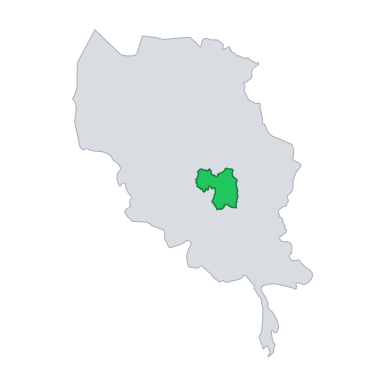 Bamyan highlighted on a map of Afghanistan, rotated 97°
{"feature_id": "AFG-1743", "entity_name": "Bamyan", "entity_type": "Province", "adm_level": 1, "iso_a3": "AFG", "parent_name": "Afghanistan", "parent_adm1": "", "projection": "equal_earth", "projection_center": [67.218, 34.704], "detail": "fine", "context": "in_parent", "style": "filled", "palette": "green", "viewbox_px": 384, "rotation_deg": 97, "n_neighbors": 0, "source": "natural_earth", "source_scale": "10m", "svg_char_len": 7558}
<svg xmlns="http://www.w3.org/2000/svg" viewBox="0 0 384 384"><g transform="rotate(97 192 192)"><path d="M167.6,93.1L175.1,92.3L180.2,93.3L182.9,96.1L185.6,96.9L188.1,95.5L189.7,95.3L190.4,96.1L191.7,96.5L193.6,96.4L194.8,97.1L195.0,98.8L196.5,100.9L199.1,103.5L201.5,104.1L204.5,102.1L205.6,102.4L206.1,101.7L206.4,100.3L208.2,98.9L211.6,97.6L213.5,96.4L214.2,95.5L215.3,95.2L216.6,95.5L217.5,95.1L218.1,93.8L219.3,93.4L220.4,93.6L225.1,98.3L226.9,99.7L227.7,99.5L230.0,96.9L230.3,94.6L229.7,91.5L230.1,89.1L231.6,87.2L234.4,86.1L238.5,85.7L241.1,85.9L242.0,86.9L243.3,87.4L244.9,87.5L246.3,86.4L247.6,84.1L247.7,81.3L246.4,77.9L246.7,76.9L248.8,75.2L251.0,72.7L253.1,69.4L255.1,65.4L257.6,63.0L260.5,62.1L264.2,63.1L268.6,66.2L270.3,70.0L269.3,74.5L269.2,77.0L270.1,77.5L275.0,76.6L275.7,77.3L275.7,78.5L275.0,80.5L274.2,85.8L272.9,99.2L275.1,107.1L276.6,110.2L278.1,111.3L279.6,111.6L281.0,111.3L283.9,109.3L288.4,105.5L292.7,103.2L299.0,101.9L301.0,97.9L303.9,95.2L310.5,91.3L314.1,89.8L316.2,89.5L321.3,91.0L321.6,92.2L321.3,93.5L319.9,94.6L319.4,95.4L320.0,96.0L322.0,96.2L330.8,93.5L332.7,91.1L334.6,91.0L338.3,92.0L341.2,91.7L342.7,92.7L346.3,96.2L345.2,96.4L343.6,95.7L342.7,94.6L339.2,96.1L335.3,98.3L335.4,98.9L339.0,102.1L331.8,105.6L328.5,107.6L327.7,107.7L322.7,105.9L308.9,106.4L298.4,107.5L294.3,109.3L290.5,110.2L288.5,111.1L287.3,113.0L281.5,117.2L280.5,118.7L277.3,118.6L274.0,122.6L269.2,127.5L268.2,129.7L268.9,130.9L271.6,132.7L272.8,134.3L274.7,139.0L275.5,142.3L276.7,143.8L277.4,147.7L276.2,150.0L276.3,151.1L277.9,154.1L277.5,155.0L276.4,156.4L274.5,160.3L271.1,163.1L269.6,165.6L267.3,168.4L266.3,170.7L265.2,172.0L264.1,172.7L264.4,174.0L265.4,175.5L267.0,177.3L267.0,184.4L266.2,186.5L261.8,188.4L257.7,189.3L252.5,189.3L250.6,189.0L243.4,186.4L241.1,187.7L240.7,190.8L244.8,195.9L246.5,198.8L248.4,203.6L249.9,206.0L249.4,208.3L242.0,213.4L237.4,213.9L234.4,214.8L233.0,216.1L232.0,221.5L230.9,223.5L231.0,225.8L230.0,228.5L228.5,230.2L227.5,233.0L228.4,247.5L224.2,253.2L221.8,255.3L219.5,256.3L217.6,255.9L215.2,252.6L213.5,251.3L211.9,251.6L210.2,252.8L207.5,252.4L205.2,251.2L204.0,251.3L203.3,252.5L200.9,255.0L194.8,258.8L192.3,259.0L191.3,260.0L191.7,261.5L192.8,262.8L194.7,263.7L194.8,264.7L191.7,266.6L188.5,267.9L184.9,268.4L181.2,267.7L179.2,266.0L177.0,265.8L174.9,267.1L172.7,269.1L169.8,274.2L165.4,277.3L164.3,280.5L162.9,286.2L163.3,294.6L162.8,298.4L161.8,300.8L162.0,302.8L163.5,305.0L162.9,306.4L161.6,308.0L160.4,308.9L136.5,317.0L132.6,317.2L130.6,316.9L123.9,316.9L121.0,317.5L118.2,318.6L116.1,319.9L114.5,321.9L111.7,320.8L102.8,318.8L78.7,321.5L76.4,321.0L42.9,308.2L64.1,279.7L64.8,277.3L64.9,272.6L63.8,266.4L61.7,263.6L43.4,260.3L42.9,255.5L43.2,253.3L43.0,249.2L43.1,246.0L44.0,240.7L44.1,238.4L38.9,215.0L38.9,212.7L42.5,207.3L46.9,202.1L46.7,201.1L44.6,200.6L41.3,200.5L39.5,199.7L38.2,198.3L37.7,196.2L38.7,192.4L38.0,185.2L41.6,179.1L46.9,178.7L44.3,174.3L43.7,173.8L43.5,173.1L43.8,172.3L45.2,172.0L48.5,169.2L48.6,167.6L51.4,163.4L51.2,161.5L53.0,156.6L52.2,153.3L52.1,151.6L54.0,150.4L55.4,145.8L56.1,144.7L56.2,143.6L55.8,141.7L57.6,141.4L59.2,143.8L61.7,146.3L63.4,147.0L65.5,147.4L70.2,146.6L71.2,146.7L76.0,151.1L76.8,152.2L77.2,153.9L78.0,154.4L79.7,152.7L81.3,152.2L84.5,152.7L86.2,152.0L94.2,146.6L94.8,143.2L95.6,141.2L96.7,140.0L95.5,136.1L95.9,135.3L97.0,134.9L99.6,134.9L111.7,130.6L114.8,130.6L115.5,130.2L115.7,129.0L116.6,127.7L122.3,124.5L125.6,121.3L126.8,118.8L132.4,99.0L135.3,97.3L138.2,96.1L148.1,95.7L150.0,89.6L150.9,88.2L152.6,86.8L159.9,91.1L167.6,93.1Z" fill="#d9dde1" stroke="#a8b0b8" stroke-width="1"/><path d="M188.0,183.9L187.1,184.7L186.8,185.0L186.7,185.5L186.2,186.8L185.9,187.3L185.7,187.4L185.5,187.6L183.7,187.9L183.0,188.1L182.9,188.2L182.8,188.3L182.7,188.4L182.5,188.8L182.3,189.0L182.2,189.1L181.8,188.7L181.7,188.6L181.3,188.6L181.0,188.7L180.8,188.8L179.5,189.6L179.4,189.7L179.2,189.7L178.4,189.3L178.3,189.2L178.2,189.1L178.2,188.9L178.0,188.7L177.8,188.6L174.0,187.8L173.6,187.8L173.0,187.9L172.7,188.1L172.4,188.3L172.0,188.4L171.5,188.7L171.0,188.6L169.8,187.9L168.5,186.6L168.3,186.3L168.2,186.1L168.2,185.9L168.2,185.5L168.2,184.6L168.4,184.1L168.9,182.9L169.0,182.6L169.0,182.4L168.7,181.5L168.6,180.4L168.7,180.1L168.8,180.0L169.1,179.7L169.4,179.5L169.5,179.5L169.6,179.4L169.6,179.1L169.5,178.8L169.3,178.7L169.0,178.5L168.3,178.2L167.6,178.2L167.4,177.9L167.2,177.6L167.2,177.4L167.6,176.7L169.0,175.7L170.3,175.2L170.5,175.2L171.2,175.5L171.4,175.4L171.7,175.2L173.0,173.9L173.0,173.6L172.7,173.2L172.5,172.8L172.4,172.6L172.5,172.3L172.6,172.0L172.6,171.9L173.3,171.2L173.6,170.7L173.8,170.5L173.8,170.3L173.8,170.1L173.8,169.9L173.7,169.7L173.6,169.4L173.4,169.2L173.2,168.9L172.4,168.4L172.2,168.3L171.9,168.4L171.7,168.4L171.2,168.2L171.0,168.3L170.9,168.3L170.9,168.2L170.9,167.9L171.1,167.7L170.9,167.3L170.5,167.1L170.3,167.0L170.1,166.8L169.9,166.4L169.8,166.1L169.6,165.2L168.9,164.4L168.5,163.9L168.4,163.8L168.4,163.7L166.6,162.3L166.0,162.0L165.0,161.8L164.8,161.7L164.7,161.5L164.5,161.3L164.4,161.1L164.3,160.8L164.3,160.5L164.4,159.8L164.4,159.6L164.5,159.4L164.5,159.2L164.6,158.9L164.7,158.2L164.9,157.0L164.9,156.8L164.8,156.7L164.7,156.6L164.5,156.4L164.4,156.2L164.5,155.3L164.6,155.1L164.7,154.8L164.8,154.6L164.9,154.4L165.1,154.2L165.3,154.0L165.7,154.0L168.7,154.4L169.2,154.4L169.9,154.1L171.0,153.6L171.6,153.5L171.7,153.4L171.9,153.2L173.3,150.4L174.4,149.0L174.6,148.8L175.2,148.6L176.3,149.1L176.9,149.3L179.1,149.3L179.7,149.1L181.6,148.2L183.3,147.7L185.3,146.9L185.5,146.9L185.8,146.9L186.1,147.0L186.5,147.0L187.4,147.3L189.7,146.3L191.0,146.0L191.6,146.0L194.4,146.7L194.7,146.7L194.9,146.7L196.1,146.3L196.3,146.2L196.4,146.3L196.5,146.4L196.7,146.7L196.8,146.8L197.0,146.9L199.3,146.6L200.2,146.6L202.1,146.2L202.0,146.9L202.1,147.4L202.4,148.4L202.4,148.6L202.4,148.8L202.3,149.2L202.2,149.5L202.2,149.8L202.4,150.4L202.3,150.5L202.2,150.8L202.1,151.1L202.0,151.4L201.9,152.2L201.8,152.4L201.7,152.8L201.6,153.0L201.5,153.4L200.9,153.7L200.8,153.8L200.7,154.0L200.4,154.4L200.4,154.6L200.3,155.2L200.3,155.4L200.3,155.5L200.4,155.8L200.4,156.0L200.4,156.4L200.4,156.5L200.5,157.5L200.7,157.8L200.8,157.9L201.4,158.1L201.5,158.2L201.6,158.3L201.9,158.4L202.0,158.4L202.5,158.3L202.8,158.3L203.0,158.4L203.7,159.1L203.8,159.1L204.0,159.1L205.3,160.4L205.6,161.2L205.6,161.9L205.7,162.6L205.6,163.4L205.5,164.3L205.6,164.5L206.0,164.8L206.3,165.0L203.8,166.4L203.2,166.9L202.9,167.5L202.5,168.0L202.2,168.2L202.1,168.3L201.8,168.1L201.7,168.1L201.2,168.2L201.1,168.3L200.9,168.4L200.8,168.7L200.4,169.2L200.3,169.4L200.2,169.7L199.7,170.8L198.4,170.7L194.4,169.4L193.9,169.3L193.1,169.5L192.5,169.5L192.1,169.4L191.7,169.3L191.0,169.2L190.9,169.1L190.7,168.9L190.5,168.7L190.1,168.5L189.8,168.4L189.6,168.4L189.4,168.5L188.8,168.9L188.6,168.9L186.7,169.4L185.5,169.5L185.4,169.6L185.1,169.7L185.1,169.8L185.0,170.1L185.2,170.9L185.4,171.3L186.0,171.9L186.2,172.1L186.2,172.3L186.2,172.8L186.1,173.0L185.7,173.4L185.6,173.5L184.9,173.6L184.6,173.7L184.5,173.9L184.4,174.0L184.2,174.5L184.1,175.0L184.1,175.3L184.1,175.6L184.4,175.8L184.5,175.9L184.7,176.0L186.2,176.1L187.1,176.1L187.3,176.1L187.5,176.2L187.8,176.4L187.9,176.6L187.9,176.8L187.9,177.1L187.9,177.3L187.8,177.5L187.7,177.5L187.4,177.6L187.0,177.9L186.9,178.0L187.0,178.3L187.8,178.4L188.1,178.5L190.2,179.6L190.4,179.8L190.5,179.9L190.3,180.2L190.0,180.7L189.9,180.8L189.8,181.1L189.7,181.3L188.0,182.0L187.8,182.2L187.7,182.4L187.5,183.0L187.5,183.3L187.6,183.5L188.0,183.9Z" fill="#22c55e" stroke="#15803d" stroke-width="1.5"/></g></svg>